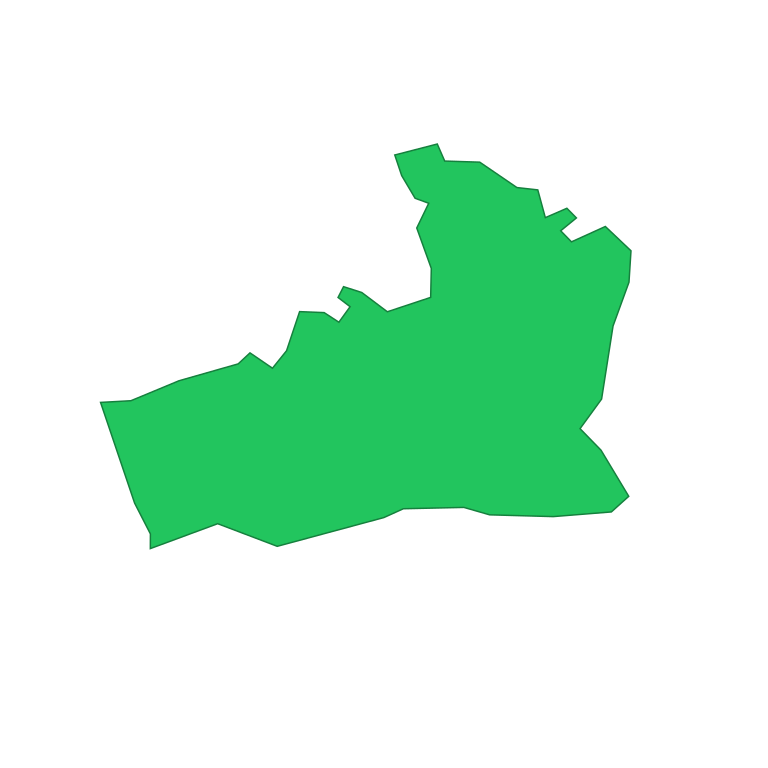 Cheatham, Tennessee, United States of America (Albers equal-area conic projection), rotated 67°
{"feature_id": "52423323B26737706677925", "entity_name": "Cheatham", "entity_type": "district", "adm_level": 2, "iso_a3": "USA", "parent_name": "United States of America", "parent_adm1": "Tennessee", "projection": "albers", "projection_center": [-87.13, 36.248], "detail": "fine", "context": "isolated", "style": "filled", "palette": "green", "viewbox_px": 768, "rotation_deg": 67, "n_neighbors": 0, "source": "geoboundaries", "source_scale": "gbopen_adm2", "svg_char_len": 794}
<svg xmlns="http://www.w3.org/2000/svg" viewBox="0 0 768 768"><g transform="rotate(67 384 384)"><path d="M177.4,284.6L199.1,286.3L225.2,282.8L235.1,272.2L253.2,292.9L296.1,295.3L322.5,307.2L318.8,352.7L291.1,368.7L278.6,383.2L286.4,392.5L299.6,385.0L309.5,401.4L294.9,411.2L284.4,433.4L315.3,460.7L325.9,480.5L303.0,495.2L308.5,510.4L300.9,571.4L300.5,623.5L290.2,652.1L396.2,660.1L430.7,657.6L444.2,663.4L447.6,591.7L491.7,545.7L506.9,436.3L506.4,414.9L528.8,358.7L545.7,337.9L572.2,280.0L590.6,224.7L583.0,202.6L529.7,210.1L501.7,221.0L482.9,189.6L420.1,150.5L386.0,118.7L357.9,104.6L325.5,118.7L326.4,155.9L312.0,161.5L306.3,142.0L293.7,147.0L293.9,170.5L265.4,166.6L255.1,184.9L217.2,209.2L202.5,241.0L183.9,241.2L177.4,284.6Z" fill="#22c55e" stroke="#15803d" stroke-width="1.5"/></g></svg>